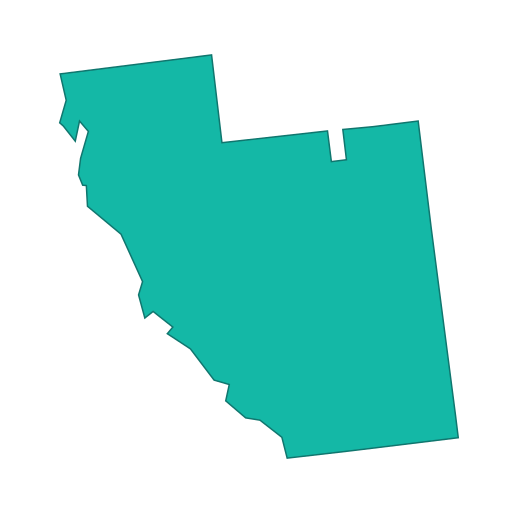 the district of Jeff Davis, Georgia, United States of America, rotated 263°
{"feature_id": "52423323B63822520478885", "entity_name": "Jeff Davis", "entity_type": "district", "adm_level": 2, "iso_a3": "USA", "parent_name": "United States of America", "parent_adm1": "Georgia", "projection": "albers", "projection_center": [-82.62, 31.822], "detail": "fine", "context": "isolated", "style": "filled", "palette": "teal", "viewbox_px": 512, "rotation_deg": 263, "n_neighbors": 0, "source": "geoboundaries", "source_scale": "gbopen_adm2", "svg_char_len": 633}
<svg xmlns="http://www.w3.org/2000/svg" viewBox="0 0 512 512"><g transform="rotate(263 256 256)"><path d="M262.9,433.3L370.2,433.4L370.1,387.9L371.0,357.6L340.5,357.5L340.5,342.3L371.4,342.2L372.6,236.0L461.0,236.4L460.6,83.8L433.7,86.6L412.1,77.4L408.5,80.6L392.0,90.6L411.5,97.3L400.1,104.8L374.3,93.8L358.1,89.7L347.4,92.6L346.6,96.2L325.9,94.8L294.1,124.7L244.4,140.3L231.7,134.7L208.0,138.1L213.5,147.1L195.6,164.8L189.7,158.5L171.8,179.6L137.9,199.3L131.7,213.8L115.9,208.3L96.6,226.0L92.6,239.9L72.9,259.6L51.6,262.3L51.1,327.0L51.0,434.6L73.8,434.6L262.9,433.3Z" fill="#14b8a6" stroke="#0f766e" stroke-width="1.5"/></g></svg>